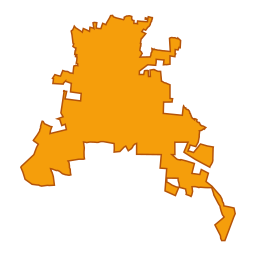 the district of Homún, Yucatán, Mexico
{"feature_id": "50627088B94698794440678", "entity_name": "Homún", "entity_type": "district", "adm_level": 2, "iso_a3": "MEX", "parent_name": "Mexico", "parent_adm1": "Yucatán", "projection": "mercator", "projection_center": [-89.236, 20.665], "detail": "fine", "context": "isolated", "style": "filled", "palette": "amber", "viewbox_px": 256, "rotation_deg": 0, "n_neighbors": 0, "source": "geoboundaries", "source_scale": "gbopen_adm2", "svg_char_len": 5717}
<svg xmlns="http://www.w3.org/2000/svg" viewBox="0 0 256 256"><path d="M209.8,167.2L210.0,166.4L211.4,164.2L211.6,163.8L212.5,162.0L212.9,160.0L212.8,159.3L213.1,148.1L213.3,147.0L207.4,146.0L200.5,144.0L193.6,152.5L189.6,151.2L188.0,151.1L188.8,148.6L189.3,148.1L190.1,145.0L195.8,146.6L198.2,142.1L199.2,136.9L199.2,135.0L199.6,131.7L199.3,130.8L201.5,130.4L201.9,130.2L202.9,129.3L203.7,128.9L204.1,129.3L204.4,129.1L204.7,128.5L204.9,128.5L205.0,128.2L205.5,127.8L205.8,127.5L205.0,127.1L204.5,126.9L203.7,126.3L202.5,125.9L201.9,125.9L201.2,125.4L200.7,125.2L200.4,124.9L200.4,124.5L200.0,124.1L199.9,123.8L199.4,123.3L199.3,123.0L199.4,122.6L199.1,122.4L198.5,122.4L197.5,122.1L197.1,121.6L196.6,121.1L197.0,119.7L196.2,119.2L194.8,118.7L194.4,118.7L194.4,119.7L193.9,119.3L193.5,118.7L192.9,118.6L192.4,118.3L191.9,117.3L191.4,116.8L191.3,116.0L191.0,115.5L190.9,115.1L190.6,114.5L190.4,113.9L190.4,113.6L189.7,113.1L189.8,112.3L189.1,110.8L188.4,110.1L188.1,109.7L187.6,109.5L187.0,109.5L186.7,109.4L186.3,109.0L185.8,108.8L185.6,108.4L185.8,108.0L185.5,107.8L184.7,107.8L184.2,107.3L183.9,106.7L184.0,106.4L183.6,105.9L183.2,107.4L182.3,115.3L163.3,113.4L163.6,102.1L172.1,102.0L172.2,100.9L172.6,98.7L170.0,98.5L170.0,86.3L170.0,84.8L166.6,83.4L166.4,83.2L164.0,82.6L162.5,81.5L161.5,81.2L160.6,71.4L157.9,71.3L154.2,69.8L154.3,69.6L153.6,69.5L150.0,70.1L150.4,76.5L148.5,76.5L148.2,70.6L147.1,70.4L145.6,70.6L145.3,70.5L144.5,70.8L143.7,74.5L139.3,74.5L139.4,71.1L147.7,64.8L150.1,64.9L152.5,65.1L155.7,65.3L155.9,63.5L156.1,63.1L156.2,59.3L164.0,60.0L163.4,64.8L165.2,64.6L166.5,64.7L170.0,64.2L170.0,55.9L174.9,56.7L175.1,54.8L175.5,54.4L175.7,53.7L175.1,53.4L175.2,49.5L178.0,50.0L179.1,47.3L180.2,47.7L180.6,40.5L177.8,38.0L177.6,38.6L176.4,38.4L174.9,37.7L173.7,37.8L171.7,37.5L170.4,37.8L169.5,38.3L170.3,51.5L163.8,50.8L163.0,50.8L159.1,50.2L158.1,50.2L155.9,49.7L154.7,49.5L153.8,49.6L153.8,49.1L153.5,49.3L153.0,49.1L151.9,48.5L151.9,49.0L152.1,49.7L152.1,50.2L151.9,51.6L151.7,52.2L151.2,52.8L151.0,53.9L150.8,55.5L150.7,55.6L150.2,56.9L140.0,57.1L142.2,53.4L141.7,52.7L141.5,52.1L141.1,51.8L139.8,50.3L140.6,45.7L140.8,45.8L141.0,43.6L140.4,43.5L141.1,39.1L141.3,38.7L141.5,38.8L145.8,33.6L141.8,31.6L143.5,29.2L145.7,30.2L147.7,27.4L149.3,26.1L150.2,24.6L150.4,23.5L151.1,21.8L151.6,21.2L151.5,20.7L151.9,19.9L152.1,19.4L152.0,19.2L152.2,18.6L152.4,18.3L152.4,17.6L151.4,17.5L148.3,16.7L147.9,18.5L146.6,18.2L145.4,17.8L145.2,19.1L146.5,19.4L147.7,19.5L147.5,21.7L141.8,21.4L137.6,21.0L137.4,22.8L137.5,23.8L136.3,23.5L133.9,23.4L133.9,22.0L134.0,20.6L133.6,20.6L132.1,19.9L131.7,18.5L131.8,16.5L129.7,15.8L128.8,15.8L127.6,16.0L126.7,16.0L124.2,17.3L124.3,18.2L123.9,19.3L123.6,19.7L116.3,17.9L113.4,16.8L112.6,15.4L110.6,15.6L109.6,17.8L106.5,23.1L105.9,24.7L104.6,24.1L102.7,23.3L101.8,25.8L100.9,28.6L98.6,28.5L96.3,28.1L96.4,27.7L96.3,26.5L96.8,22.7L94.1,22.4L93.0,22.8L93.9,28.5L93.5,28.2L90.0,27.2L89.9,27.6L89.5,31.4L86.8,30.0L83.3,28.5L82.3,32.2L81.7,31.7L75.7,27.8L74.3,26.1L73.6,28.0L72.6,30.0L72.1,30.4L71.5,30.6L71.2,31.1L72.0,34.8L73.0,43.2L73.8,43.8L72.9,46.4L74.8,47.8L75.9,48.0L75.6,50.6L75.2,50.6L75.0,51.7L74.7,54.5L76.0,54.5L76.9,54.7L76.7,55.5L75.8,55.4L75.5,56.6L77.0,57.0L76.8,60.3L76.2,63.2L77.6,63.6L77.8,65.7L75.7,65.3L75.4,65.7L74.0,65.9L73.7,66.8L73.0,73.4L72.3,73.2L70.2,73.0L67.7,71.5L65.1,71.3L62.8,70.5L60.5,76.2L57.6,75.5L54.9,74.6L52.5,78.4L53.5,78.7L52.9,83.5L63.2,84.1L63.6,83.0L65.6,80.9L65.6,81.3L71.4,83.4L71.1,84.3L71.2,85.0L70.5,91.9L81.2,93.4L80.6,100.9L65.0,98.9L66.7,91.4L64.3,91.1L64.2,90.7L63.8,90.7L63.7,91.4L64.1,91.5L60.9,112.9L63.1,116.8L57.4,118.8L58.4,119.1L59.8,119.5L61.8,125.6L65.2,124.2L66.4,129.6L50.0,133.6L50.6,130.1L51.9,126.7L50.5,126.5L44.4,123.7L43.2,121.5L42.2,121.2L41.9,121.9L40.6,126.2L40.6,127.8L39.8,129.7L39.6,131.1L37.2,135.0L33.3,140.4L34.4,141.5L35.1,141.8L38.3,144.2L36.6,147.3L34.0,154.3L33.7,154.8L21.5,166.2L20.8,167.2L22.9,172.2L25.1,179.3L31.8,184.1L32.1,184.3L37.4,185.0L38.5,185.0L40.0,185.7L41.6,186.1L47.6,185.3L49.1,185.5L54.4,185.2L53.3,176.5L52.0,172.2L51.3,171.3L51.3,170.7L50.9,169.7L50.7,169.4L50.5,168.6L51.9,168.9L56.2,170.5L57.9,170.5L59.9,171.6L62.4,173.7L65.4,174.7L66.3,174.8L68.5,175.2L69.6,175.2L70.9,174.8L70.7,174.3L70.4,172.4L70.2,169.2L69.5,167.7L69.4,167.0L69.5,166.2L69.1,163.1L68.9,162.3L68.0,161.0L78.9,159.2L83.5,159.2L84.5,158.9L84.1,156.6L84.0,151.8L84.3,148.0L83.5,142.0L85.8,142.3L86.6,142.6L89.9,142.0L95.3,142.2L96.5,142.4L98.1,142.4L100.7,141.6L103.4,141.6L114.1,143.5L114.3,148.0L114.1,152.1L119.9,151.5L124.1,147.1L125.8,146.1L128.3,150.8L131.5,148.6L132.7,146.9L133.2,145.7L134.8,144.1L136.6,143.4L136.6,154.3L161.3,154.6L160.1,168.1L166.7,168.6L165.0,190.9L175.4,195.6L178.8,187.3L176.4,187.0L172.0,185.1L168.3,182.7L166.8,182.1L166.8,180.0L166.7,178.1L178.0,178.2L178.2,180.6L179.1,183.7L179.6,187.4L185.6,189.0L186.0,191.4L186.4,192.9L186.3,193.6L186.1,194.4L189.9,195.8L191.0,196.5L191.7,195.1L192.6,191.5L192.0,186.7L195.1,186.6L197.6,187.1L198.5,187.5L199.7,187.4L200.1,187.2L205.5,187.6L211.7,187.7L213.3,192.7L213.9,195.1L217.9,202.7L218.7,204.2L220.0,206.1L220.2,207.5L221.1,211.0L222.4,214.7L224.1,217.0L223.0,218.1L214.9,224.9L220.0,234.8L220.5,236.0L220.7,238.4L221.7,240.6L224.9,240.6L233.7,217.2L235.2,213.7L234.0,208.0L228.6,206.8L223.9,205.9L223.6,203.7L223.3,202.8L223.0,202.5L222.6,201.8L222.4,201.2L221.9,198.9L220.8,196.9L220.6,196.5L220.4,196.0L212.0,186.3L206.0,181.5L208.4,173.2L201.3,169.5L199.8,174.5L191.9,173.4L194.4,163.5L186.4,161.0L181.0,159.6L180.2,159.7L180.2,160.0L177.4,159.4L176.6,158.9L171.8,154.6L174.9,154.6L174.8,142.2L188.0,142.2L183.9,152.1L185.0,152.9L195.4,159.5L209.8,167.2Z" fill="#f59e0b" stroke="#b45309" stroke-width="1.5"/></svg>